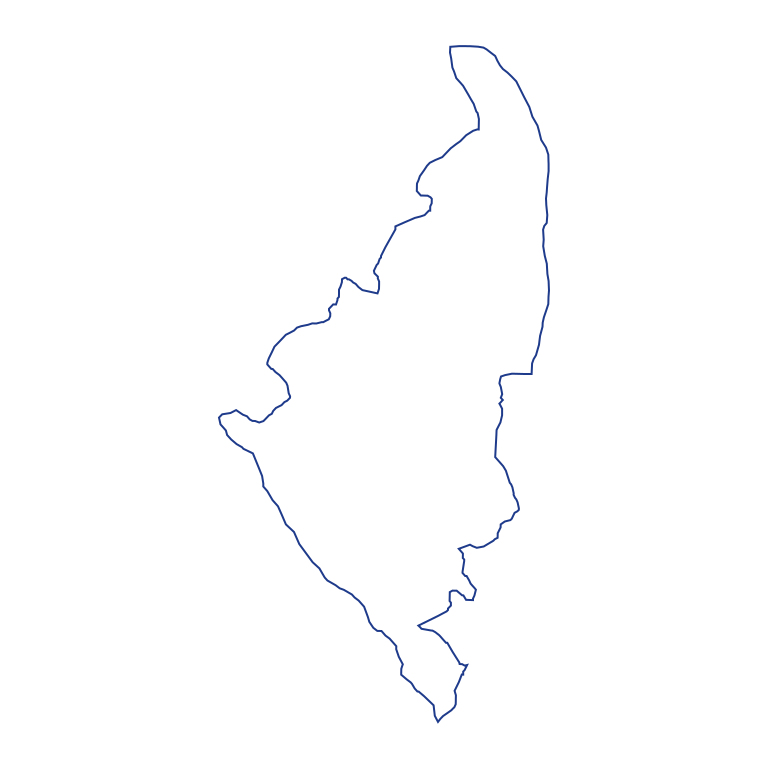 the district of Al-Minshat, Suhaj, Egypt
{"feature_id": "37247803B33567976679520", "entity_name": "Al-Minshat", "entity_type": "district", "adm_level": 2, "iso_a3": "EGY", "parent_name": "Egypt", "parent_adm1": "Suhaj", "projection": "natural_earth1", "projection_center": [31.766, 26.464], "detail": "fine", "context": "isolated", "style": "outline", "palette": "blue", "viewbox_px": 768, "rotation_deg": 0, "n_neighbors": 0, "source": "geoboundaries", "source_scale": "gbopen_adm2", "svg_char_len": 4756}
<svg xmlns="http://www.w3.org/2000/svg" viewBox="0 0 768 768"><path d="M531.6,374.0L532.1,363.4L533.6,359.2L536.0,355.2L539.0,344.7L539.3,342.1L540.1,335.8L542.5,326.8L542.7,322.6L543.9,317.3L546.2,310.5L548.3,304.1L548.5,297.0L548.9,291.6L548.9,291.3L549.0,291.0L548.6,281.0L547.4,274.0L546.8,263.7L544.8,255.9L543.2,246.2L543.7,239.8L543.1,229.6L544.3,225.9L546.7,223.0L547.3,215.1L546.3,205.1L546.0,198.5L546.7,192.5L547.1,186.7L547.7,179.1L548.6,171.2L548.6,163.8L548.5,161.7L548.3,154.6L546.0,147.6L541.2,139.9L539.0,131.0L537.5,125.6L532.4,116.7L529.3,106.9L524.2,97.2L516.3,81.4L511.7,76.6L507.4,72.5L502.9,69.0L500.0,65.4L497.4,60.8L495.2,56.0L491.1,52.9L486.6,49.4L483.5,47.6L478.1,46.7L470.0,46.2L459.6,46.1L450.5,46.8L450.3,46.8L450.0,52.6L450.6,55.5L451.2,58.6L452.4,67.6L453.7,70.6L454.2,71.9L456.3,78.2L460.4,82.7L463.1,85.8L468.4,94.8L471.0,99.4L473.7,103.9L476.3,111.5L477.6,113.0L478.9,119.0L478.7,129.5L477.3,129.4L473.1,130.8L466.2,135.2L460.5,141.0L459.2,142.0L456.3,144.0L450.7,148.3L446.5,152.7L442.3,157.1L435.4,160.0L429.8,162.8L427.0,165.8L424.1,170.2L419.9,176.1L418.4,180.5L417.0,183.5L416.9,186.2L416.9,188.0L416.8,191.0L419.5,194.0L420.8,195.5L425.0,195.6L426.2,195.7L427.7,195.7L430.5,197.3L431.8,198.8L431.7,203.3L430.3,206.2L430.2,207.6L430.2,210.7L428.8,210.7L424.6,215.1L420.4,216.5L414.9,217.9L405.1,222.1L395.4,226.4L395.4,229.4L385.4,247.2L381.0,256.0L381.0,257.5L379.6,259.0L378.1,263.5L376.7,264.9L373.9,270.8L374.5,273.4L375.2,274.0L377.9,276.7L377.8,278.4L379.1,281.4L379.1,284.4L379.0,288.9L377.5,293.4L362.4,290.1L358.4,287.0L355.7,283.9L353.0,282.4L351.6,280.9L348.9,279.3L347.5,279.3L346.2,277.8L344.8,277.7L342.0,279.2L341.9,282.2L340.5,286.6L339.0,289.6L339.0,294.1L338.9,297.0L337.5,298.5L337.5,300.0L336.0,304.5L333.2,304.4L329.0,308.8L329.0,310.3L330.3,313.3L330.2,316.3L328.8,319.3L326.0,320.7L323.2,322.2L321.9,322.1L316.3,323.5L312.2,323.4L308.0,324.8L301.1,326.2L297.0,327.6L294.1,330.5L289.8,332.8L288.6,333.4L285.8,334.8L283.0,337.8L278.8,342.2L274.5,346.6L271.7,352.5L268.8,358.4L267.8,361.3L267.3,362.9L267.3,364.4L268.6,365.9L271.3,368.9L272.7,369.0L275.4,372.0L279.5,375.1L282.2,378.1L284.9,381.2L286.2,382.7L287.5,385.7L288.7,393.2L290.1,396.3L290.0,397.8L287.2,400.7L284.4,402.1L281.6,405.1L276.0,407.9L273.2,410.9L271.8,413.8L269.0,415.3L264.8,419.7L263.4,421.1L259.2,422.5L255.1,421.0L252.4,420.9L249.7,419.4L247.0,416.3L242.9,414.7L236.1,410.1L230.5,413.0L222.2,414.3L219.0,417.6L220.5,424.4L223.2,427.4L225.9,430.5L227.1,435.0L231.2,439.5L236.6,444.1L242.0,447.2L243.4,448.8L252.9,453.4L259.2,468.8L262.1,476.0L263.3,483.5L263.3,486.5L267.3,491.1L272.6,500.2L278.0,506.3L282.0,515.3L285.9,524.4L294.0,532.0L295.0,534.3L299.3,544.1L306.0,553.2L312.7,562.3L319.4,568.4L324.7,577.5L327.4,580.5L335.6,585.2L339.7,588.3L343.8,589.8L351.9,594.5L354.6,597.5L358.7,600.6L364.1,606.7L368.0,617.3L369.3,621.8L373.3,627.8L377.3,630.9L381.5,631.0L385.5,635.6L389.6,638.6L396.3,646.2L396.2,649.2L398.8,656.8L402.8,664.3L402.1,666.3L401.3,668.8L401.2,673.3L401.2,674.7L406.6,679.3L410.7,682.4L412.0,683.9L414.7,688.5L417.4,691.5L418.7,691.6L424.1,696.2L433.6,705.3L434.8,715.8L438.0,721.9L440.3,718.9L443.1,716.0L447.3,713.1L451.4,710.2L452.8,708.7L454.3,707.3L455.7,704.3L455.8,701.3L455.8,699.8L455.9,695.3L454.6,690.8L458.9,682.0L461.8,674.5L463.2,674.6L463.2,671.6L464.6,670.1L467.1,665.0L464.7,665.6L462.0,664.1L460.6,664.1L459.6,664.0L459.3,662.5L452.6,651.9L447.3,642.8L446.0,642.8L443.3,639.8L440.6,636.7L439.2,635.2L435.2,632.1L432.5,630.6L431.1,630.5L421.5,628.8L420.2,627.3L418.4,625.6L438.3,615.8L441.1,614.3L446.6,611.4L448.0,610.0L448.0,608.5L450.9,605.6L450.9,604.1L450.9,602.6L449.6,601.0L449.8,592.1L452.5,590.6L455.3,590.7L456.7,590.7L462.1,595.3L463.4,595.4L466.1,599.9L467.5,599.9L473.0,600.1L473.0,598.6L474.4,595.6L475.9,589.7L474.6,588.1L471.9,585.1L470.6,583.6L469.2,580.5L466.6,576.0L465.2,576.0L463.9,574.5L462.5,572.9L462.6,571.4L464.2,561.0L464.2,559.5L462.8,558.0L462.9,555.0L462.9,553.5L461.6,552.0L458.8,548.8L470.0,544.7L472.7,546.2L476.8,547.8L483.7,546.5L493.4,540.7L494.8,539.2L497.6,537.8L497.7,534.8L497.7,533.3L500.6,527.4L500.7,524.4L504.8,521.5L510.4,520.1L511.8,518.7L513.2,515.7L514.6,512.8L517.4,511.3L518.8,509.9L518.9,508.4L517.6,502.4L516.3,499.4L515.0,497.8L513.6,494.8L513.7,493.3L512.4,487.3L511.1,484.3L509.8,482.8L505.9,470.7L503.2,466.2L501.9,464.7L495.2,457.1L495.6,449.6L496.4,434.7L496.5,431.7L496.6,429.9L499.6,424.0L500.4,422.5L502.1,415.3L502.1,412.4L502.1,410.9L502.1,408.7L500.2,405.0L499.4,403.6L500.8,402.2L502.1,400.7L502.8,400.0L500.8,397.8L502.2,394.2L501.7,391.5L500.8,386.9L499.7,384.2L499.4,383.3L500.2,379.2L501.0,376.5L505.1,375.1L512.0,373.7L516.2,373.8L524.4,374.0L531.6,374.0Z" fill="none" stroke="#1e3a8a" stroke-width="2"/></svg>